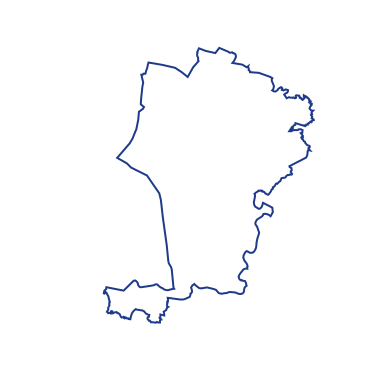 outline of Azoyú, Guerrero, Mexico, rotated 23°
{"feature_id": "50627088B36255961277224", "entity_name": "Azoyú", "entity_type": "district", "adm_level": 2, "iso_a3": "MEX", "parent_name": "Mexico", "parent_adm1": "Guerrero", "projection": "mercator", "projection_center": [-98.537, 16.655], "detail": "fine", "context": "isolated", "style": "outline", "palette": "blue", "viewbox_px": 384, "rotation_deg": 23, "n_neighbors": 0, "source": "geoboundaries", "source_scale": "gbopen_adm2", "svg_char_len": 5975}
<svg xmlns="http://www.w3.org/2000/svg" viewBox="0 0 384 384"><g transform="rotate(23 192 192)"><path d="M221.5,55.8L219.0,55.5L206.9,56.2L198.7,59.0L198.6,58.4L196.5,57.6L196.3,56.5L194.7,55.0L194.6,54.2L193.7,55.8L188.5,55.1L178.8,57.4L179.5,55.0L179.7,51.1L179.4,49.8L178.0,48.1L176.2,47.9L175.7,48.2L174.5,47.7L172.3,49.1L170.6,48.7L160.8,48.7L159.2,55.0L149.3,56.8L142.3,57.0L142.1,61.2L142.7,61.7L142.9,63.3L143.7,64.8L145.2,66.0L146.1,68.3L146.9,68.9L144.3,76.8L143.1,87.8L135.7,85.7L127.8,84.3L114.9,86.6L101.4,89.8L101.7,92.7L102.3,95.1L102.4,98.1L102.9,101.2L102.6,101.6L101.8,101.7L101.1,102.1L100.7,102.9L100.7,103.5L99.6,103.9L104.3,110.3L105.2,114.5L108.6,125.7L110.6,131.3L114.6,132.5L114.4,134.5L111.8,138.9L114.3,146.5L116.3,156.4L116.2,158.0L116.4,166.0L115.6,171.7L109.8,189.8L121.0,191.1L126.3,193.3L144.1,194.4L162.4,206.0L166.4,211.4L175.1,226.8L189.5,250.8L197.1,264.7L198.5,266.7L201.8,269.1L203.5,271.0L212.3,287.2L213.4,288.0L210.4,290.0L208.3,291.8L206.7,292.3L204.3,292.6L202.6,292.1L201.0,292.1L198.8,291.7L196.1,290.7L194.7,291.1L193.2,292.8L190.6,294.5L182.3,299.6L181.0,299.9L178.8,298.8L177.8,297.2L176.6,296.3L174.5,295.6L173.0,296.4L167.6,309.5L150.4,313.1L150.9,315.0L149.9,317.0L150.0,317.6L150.9,317.6L151.0,318.2L150.2,319.0L150.3,319.6L150.5,319.8L151.2,319.7L151.5,318.6L151.9,318.1L152.8,318.2L154.1,319.5L155.9,320.8L156.7,322.2L159.3,325.3L159.0,325.8L159.4,326.3L159.5,327.6L160.3,328.4L160.1,331.5L160.9,332.8L160.5,335.5L161.2,335.5L162.2,336.3L163.2,335.5L164.9,335.6L165.1,335.2L164.1,333.8L164.2,333.2L165.2,333.0L165.9,334.5L166.6,334.7L167.3,333.4L169.5,332.0L170.6,332.7L171.7,332.3L173.4,332.9L175.2,334.6L176.1,335.0L177.5,334.3L177.7,333.6L178.8,333.5L178.9,334.6L179.5,334.6L180.6,333.4L181.4,333.8L182.8,333.2L183.3,333.7L185.0,333.2L184.5,331.3L184.1,327.1L184.7,324.4L186.0,321.8L187.5,321.8L189.8,321.1L191.0,321.0L192.1,320.4L194.6,320.6L196.9,321.8L198.9,322.1L200.7,321.8L201.1,323.8L200.2,324.5L200.5,326.0L201.2,326.6L202.4,326.9L202.7,327.3L203.6,326.9L204.5,327.4L205.0,328.0L206.5,327.3L209.9,326.4L210.3,325.4L212.0,325.3L213.5,324.7L212.7,322.7L212.9,321.8L213.7,321.4L213.6,321.2L211.8,320.9L211.3,320.4L211.8,319.8L210.8,317.1L214.7,316.5L213.7,314.5L212.7,313.3L214.4,310.7L214.2,309.4L214.5,307.8L214.9,307.2L213.9,307.3L212.2,303.1L212.7,303.1L212.3,301.1L211.0,298.9L222.4,295.8L225.5,294.6L227.2,293.4L230.9,289.4L230.7,287.1L230.3,286.2L230.9,285.4L231.0,283.8L230.2,282.3L228.5,280.3L228.8,278.0L230.1,275.8L231.1,276.3L235.4,277.5L236.4,277.6L238.2,277.1L243.0,274.0L249.4,272.9L252.3,272.7L256.1,274.6L258.3,274.3L259.3,273.9L261.7,272.3L263.4,271.5L264.9,269.9L266.1,269.2L271.0,267.6L275.0,267.5L277.0,266.7L278.3,265.5L278.7,264.1L278.6,262.9L277.8,260.3L278.0,258.7L278.9,256.9L278.2,256.2L277.4,254.8L275.6,253.3L272.1,254.1L272.0,253.7L270.8,254.0L270.1,253.9L269.3,253.3L267.9,251.5L268.1,248.6L269.6,243.2L271.1,241.7L272.0,241.1L272.9,241.0L272.1,239.3L272.3,238.9L271.1,237.2L269.0,235.7L267.2,234.8L265.0,232.6L264.3,230.6L264.5,227.1L265.0,225.6L265.4,225.1L266.0,225.0L268.9,225.3L269.9,225.0L271.6,224.1L272.5,222.4L272.8,219.0L272.4,216.9L271.2,213.4L270.4,209.6L269.9,204.1L269.5,203.0L265.4,198.4L263.3,197.2L262.6,196.2L262.3,195.0L262.4,193.2L262.7,191.9L265.9,187.2L266.4,185.8L266.3,184.4L267.8,183.5L270.1,183.0L272.0,183.1L273.8,183.6L274.3,179.0L272.0,175.0L261.6,174.2L261.9,176.5L261.9,178.9L261.1,180.7L260.2,181.4L256.0,180.8L254.2,179.4L253.0,177.5L251.7,171.3L250.9,169.8L250.2,169.3L251.1,167.5L252.6,165.4L252.6,164.8L254.0,164.4L254.3,163.9L256.1,163.4L256.2,164.1L258.7,163.8L260.1,164.7L260.7,164.6L262.8,164.9L263.3,164.7L263.9,163.1L263.9,162.3L264.4,160.7L264.3,159.2L264.5,158.2L265.1,157.8L265.0,156.5L264.6,156.0L265.4,155.2L265.8,154.3L266.0,151.7L266.5,151.5L266.7,151.1L267.3,151.1L268.3,148.4L269.0,147.5L269.0,144.3L270.3,143.3L271.1,143.1L272.3,142.1L272.6,140.3L273.4,139.0L274.7,138.5L275.1,137.7L276.9,137.1L277.1,136.4L276.4,136.0L275.7,135.2L275.0,134.9L274.8,134.1L275.3,133.2L274.3,131.2L272.2,130.9L271.6,130.2L283.7,115.6L283.6,112.6L282.5,109.1L282.7,108.7L282.6,108.3L283.1,107.8L284.4,107.6L282.1,106.4L282.0,106.0L282.8,105.0L282.6,104.5L282.7,104.3L282.2,103.7L279.8,103.8L278.1,103.1L277.0,102.5L276.5,101.7L274.9,101.5L273.8,100.5L272.5,100.1L271.3,99.1L271.4,98.8L272.2,99.0L272.8,98.6L272.8,98.4L272.3,97.8L272.2,97.1L271.2,96.6L270.9,96.1L269.8,95.7L269.1,95.3L270.4,94.2L269.8,92.8L269.7,91.9L268.0,91.7L266.7,92.1L265.6,92.7L265.5,93.3L264.2,94.2L262.6,94.7L260.4,96.1L259.9,97.1L257.8,98.0L258.1,96.3L258.2,96.5L258.5,95.9L259.5,95.9L259.5,95.3L260.3,94.9L259.9,94.0L259.1,94.2L258.7,93.1L259.6,92.1L259.6,91.0L260.8,89.8L260.3,88.2L270.0,87.2L269.8,86.8L270.3,86.8L270.9,86.3L270.8,85.5L271.5,85.3L271.8,84.8L272.2,84.6L271.8,83.9L272.8,83.1L272.7,82.5L273.4,81.7L273.5,81.0L274.1,80.7L274.3,80.2L274.7,80.5L274.7,79.3L276.0,78.2L275.6,77.7L273.3,77.3L273.4,75.9L271.4,74.6L271.5,74.4L272.0,74.2L272.3,73.6L272.1,73.3L271.2,72.9L271.0,72.0L271.2,71.5L271.0,70.7L271.5,70.3L271.7,69.8L270.1,70.4L269.4,70.2L267.6,69.2L267.4,67.6L268.1,65.1L267.2,64.9L267.5,63.9L265.0,63.8L265.2,63.0L265.6,62.9L265.8,62.2L264.2,62.2L264.2,61.3L262.4,60.2L262.1,60.4L261.7,60.1L261.0,60.1L260.7,59.7L260.4,59.6L260.2,59.9L259.3,59.5L258.9,60.5L257.8,59.5L257.4,59.4L257.8,60.2L257.6,60.3L258.1,60.8L258.7,60.9L258.9,61.3L258.2,63.4L257.8,63.3L257.5,64.0L256.5,63.7L256.0,62.9L255.7,63.0L254.8,62.7L254.8,63.0L254.4,63.2L253.4,61.7L252.9,61.5L252.8,61.8L250.7,62.0L249.9,62.6L249.9,63.1L250.3,63.9L250.9,64.4L250.9,64.9L250.3,65.4L249.9,65.6L248.2,65.4L247.8,66.0L246.9,66.2L245.8,66.7L244.3,66.8L242.6,68.7L238.8,66.3L239.7,64.6L240.8,63.4L241.0,61.7L240.5,60.7L238.5,60.9L238.2,61.2L237.9,61.2L236.6,62.7L234.8,62.9L234.7,61.3L233.8,60.9L233.8,61.3L232.6,61.1L231.1,63.3L231.0,64.6L229.7,66.8L228.1,67.4L226.1,67.1L226.6,65.7L226.2,62.9L225.8,62.2L222.0,58.5L221.4,57.1L221.5,55.8Z" fill="none" stroke="#1e3a8a" stroke-width="2"/></g></svg>